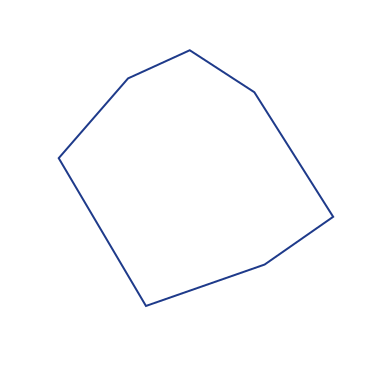 the district of Kuvasay city, Ferghana, Uzbekistan, rotated 221°
{"feature_id": "79887680B20364300518134", "entity_name": "Kuvasay city", "entity_type": "district", "adm_level": 2, "iso_a3": "UZB", "parent_name": "Uzbekistan", "parent_adm1": "Ferghana", "projection": "mercator", "projection_center": [71.944, 40.33], "detail": "fine", "context": "isolated", "style": "outline", "palette": "blue", "viewbox_px": 384, "rotation_deg": 221, "n_neighbors": 0, "source": "geoboundaries", "source_scale": "gbopen_adm2", "svg_char_len": 259}
<svg xmlns="http://www.w3.org/2000/svg" viewBox="0 0 384 384"><g transform="rotate(221 192 192)"><path d="M286.7,297.5L314.8,235.8L314.8,130.1L152.0,75.8L89.6,184.9L69.2,265.9L210.4,308.2L286.7,297.5Z" fill="none" stroke="#1e3a8a" stroke-width="2"/></g></svg>